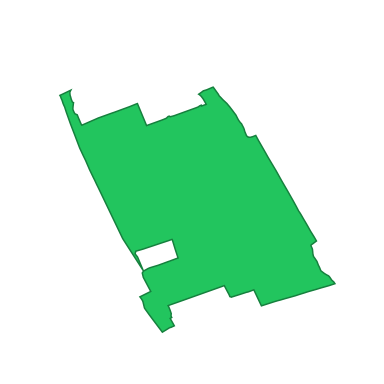 Grivita, Galati, Romania (orthographic projection), rotated 155°
{"feature_id": "2599482B77537188283397", "entity_name": "Grivita", "entity_type": "district", "adm_level": 2, "iso_a3": "ROU", "parent_name": "Romania", "parent_adm1": "Galati", "projection": "orthographic", "projection_center": [27.661, 45.694], "detail": "fine", "context": "isolated", "style": "filled", "palette": "green", "viewbox_px": 384, "rotation_deg": 155, "n_neighbors": 0, "source": "geoboundaries", "source_scale": "gbopen_adm2", "svg_char_len": 3058}
<svg xmlns="http://www.w3.org/2000/svg" viewBox="0 0 384 384"><g transform="rotate(155 192 192)"><path d="M275.2,242.8L275.2,239.2L275.1,235.6L274.5,179.0L271.6,157.5L269.4,141.4L268.8,156.1L269.7,160.0L267.9,162.1L260.3,160.9L255.8,160.4L250.8,159.8L242.8,158.9L236.1,158.1L233.5,157.8L230.1,157.5L230.0,157.4L230.4,154.4L231.4,147.3L232.2,140.7L232.5,138.1L235.0,138.3L253.6,139.9L261.9,141.1L263.9,141.2L269.4,140.8L271.3,139.6L272.2,135.2L271.4,119.3L283.5,119.0L283.1,117.0L282.8,114.8L282.8,113.4L284.1,107.0L283.9,105.5L282.6,98.7L281.2,92.0L278.1,77.5L277.1,77.6L269.4,78.5L268.5,78.2L264.6,78.2L264.8,81.4L265.2,86.7L263.4,86.8L263.4,88.5L262.2,90.6L261.8,94.2L261.6,98.0L261.7,99.1L260.9,99.1L251.9,98.2L202.3,93.5L202.0,87.3L201.8,83.8L201.7,82.8L201.9,82.3L201.8,81.9L201.9,81.2L201.2,80.7L200.9,80.1L191.7,78.9L185.1,78.1L183.4,77.7L177.3,77.2L177.2,59.5L176.5,59.4L168.6,58.4L163.8,57.8L160.4,57.3L157.8,56.8L152.5,56.0L149.5,55.5L142.2,54.3L138.8,53.9L133.6,53.2L132.2,53.0L131.1,52.9L127.6,52.4L120.1,51.2L115.8,50.6L112.8,50.1L107.2,49.2L101.2,48.5L101.5,50.6L102.6,53.1L102.9,55.1L103.1,56.4L103.4,57.6L103.6,58.1L104.0,58.8L105.0,60.0L106.5,62.3L107.6,64.4L108.5,66.2L108.3,69.7L108.4,72.3L108.1,76.3L108.7,80.1L109.1,82.1L109.0,82.8L108.6,84.8L107.8,87.0L107.0,89.3L106.9,90.8L106.9,92.3L106.8,93.3L106.3,93.7L104.6,94.0L99.9,95.0L100.3,99.6L101.1,106.2L101.7,114.0L102.4,121.2L102.7,124.8L102.9,126.7L103.1,128.2L103.3,129.0L103.4,129.9L103.6,134.7L104.1,142.2L104.9,152.2L106.0,164.4L106.8,175.5L108.4,191.3L109.0,199.2L109.4,203.8L109.7,207.5L110.0,210.7L110.3,216.3L113.5,216.5L115.9,216.9L117.9,217.9L117.9,218.3L118.6,219.3L118.8,219.9L118.6,224.7L118.2,226.7L118.1,228.7L118.2,230.5L118.3,233.1L118.8,234.2L119.3,236.6L119.5,237.9L119.6,240.0L119.7,243.3L120.3,246.0L120.9,249.0L121.4,251.2L121.9,253.5L122.2,254.5L122.6,256.0L123.0,257.6L123.2,258.0L123.9,259.8L124.8,262.0L125.2,263.1L125.9,265.3L126.8,267.8L126.8,269.3L127.3,271.9L128.0,275.7L128.4,277.7L128.5,278.1L129.4,278.2L135.5,278.4L139.0,278.9L141.2,278.4L144.6,277.8L144.0,276.8L143.2,274.8L142.5,271.4L142.2,267.7L142.1,265.4L144.8,265.7L147.0,265.9L146.9,266.3L146.9,266.8L147.2,266.8L149.0,266.8L149.3,266.7L150.0,266.5L150.7,266.5L152.7,266.6L176.1,268.7L178.4,269.1L179.2,269.3L180.0,269.4L180.6,270.4L181.8,270.5L184.1,269.7L186.8,269.8L189.8,270.0L205.1,271.4L204.1,295.2L205.9,295.4L206.0,295.4L212.3,295.7L228.9,297.1L231.6,297.4L245.9,298.7L246.1,298.7L247.2,298.7L263.6,299.1L263.8,300.7L263.6,307.0L263.4,310.5L265.0,312.3L265.2,313.8L265.1,316.8L264.7,318.0L263.6,319.9L261.6,323.1L262.1,323.6L262.4,324.0L262.3,325.6L262.2,327.3L261.8,329.5L261.6,331.2L261.0,332.9L260.7,333.7L260.3,334.3L258.8,335.5L267.4,335.4L270.9,335.4L270.8,334.2L270.8,333.8L271.0,332.3L271.0,330.3L271.2,328.5L271.4,327.2L271.5,325.4L271.5,323.3L271.5,322.6L271.7,321.4L272.2,317.3L272.8,311.0L273.4,304.6L274.2,292.9L275.2,279.4L275.2,271.0L275.1,265.5L275.4,255.6L275.3,246.9L275.2,244.1L275.2,243.6L275.2,242.8Z" fill="#22c55e" stroke="#15803d" stroke-width="1.5"/></g></svg>